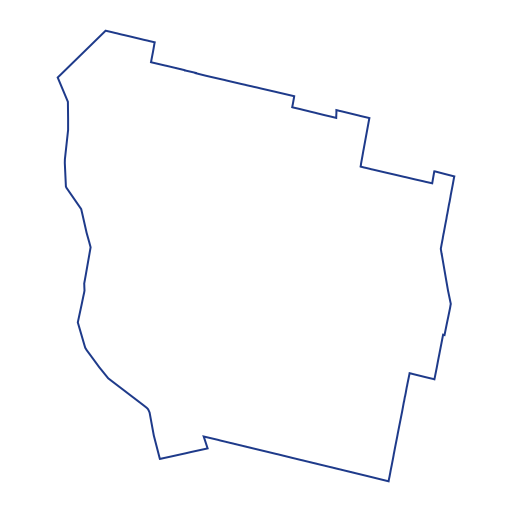 San Martín, Santa Fe, Argentina (Equal Earth projection)
{"feature_id": "61730980B15935899611470", "entity_name": "San Martín", "entity_type": "district", "adm_level": 2, "iso_a3": "ARG", "parent_name": "Argentina", "parent_adm1": "Santa Fe", "projection": "equal_earth", "projection_center": [-61.712, -32.002], "detail": "fine", "context": "isolated", "style": "outline", "palette": "blue", "viewbox_px": 512, "rotation_deg": 0, "n_neighbors": 0, "source": "geoboundaries", "source_scale": "gbopen_adm2", "svg_char_len": 3319}
<svg xmlns="http://www.w3.org/2000/svg" viewBox="0 0 512 512"><path d="M84.1,292.8L83.4,296.0L81.6,304.7L77.8,322.4L84.3,344.7L85.2,347.7L86.7,350.2L89.6,354.1L99.3,367.3L108.2,378.3L112.1,381.3L143.8,405.5L146.6,407.7L147.9,409.0L148.7,410.5L149.6,412.6L153.8,435.5L159.7,458.3L159.9,458.9L171.1,456.5L179.2,454.7L185.6,453.3L191.1,452.0L203.1,449.4L207.2,448.5L207.6,448.4L204.2,438.0L203.7,436.5L218.2,439.9L219.9,440.4L226.5,442.0L252.3,448.2L252.7,448.3L264.8,451.2L269.4,452.3L276.4,454.0L276.5,454.0L278.7,454.5L280.2,454.9L280.3,454.9L283.8,455.8L284.4,455.9L285.1,456.1L288.7,457.0L288.8,457.0L292.7,458.0L318.4,464.2L366.3,475.8L372.0,477.2L388.6,481.3L388.9,479.4L389.2,478.1L389.5,476.7L390.2,473.0L390.8,469.7L391.6,465.8L393.2,457.5L393.6,455.3L393.8,454.0L394.0,453.1L395.1,447.3L396.9,438.2L397.5,435.1L397.8,433.4L398.2,431.4L399.0,427.3L402.1,411.7L403.9,401.8L404.0,401.7L404.9,396.7L405.1,396.1L405.7,393.1L406.3,389.7L406.8,386.9L407.1,385.7L407.3,384.5L407.4,384.0L407.5,383.5L409.0,376.2L409.2,375.3L409.6,373.2L416.4,374.9L420.9,376.0L424.5,376.9L429.5,378.1L433.0,378.9L434.4,379.3L435.0,376.4L436.6,368.4L438.5,358.3L439.3,354.3L439.7,352.2L441.3,344.0L443.1,334.7L443.4,334.8L444.5,335.1L447.2,321.8L448.2,317.1L450.1,307.8L450.1,307.7L450.4,306.0L450.6,304.7L450.8,304.0L448.0,290.5L446.8,283.6L446.3,280.8L441.8,254.6L441.8,254.4L441.7,254.4L441.1,250.8L440.9,249.5L440.8,248.8L441.6,244.4L442.8,238.1L442.8,237.8L443.6,233.5L443.6,233.4L443.7,233.2L445.4,224.0L446.4,218.9L446.9,215.7L447.4,213.4L449.0,204.4L449.2,203.5L449.6,201.7L450.2,198.3L450.4,197.3L450.7,195.3L452.7,184.9L454.0,177.7L454.3,176.4L445.3,174.1L434.6,171.3L434.3,171.3L433.6,175.2L432.2,183.3L427.8,182.3L425.9,181.9L423.1,181.2L415.0,179.4L405.4,177.1L404.3,176.9L395.0,174.7L387.1,172.9L384.1,172.2L372.6,169.5L371.5,169.3L370.1,168.9L369.7,168.8L368.9,168.6L364.7,167.6L364.4,167.6L361.8,166.9L360.8,166.7L360.6,166.6L360.8,165.6L361.0,164.2L361.0,163.9L362.3,156.8L363.5,149.9L363.6,149.7L363.7,149.0L369.1,119.5L369.4,118.1L368.6,117.9L368.3,117.8L359.7,115.8L359.5,115.7L342.3,111.5L340.1,111.0L339.9,111.0L337.7,110.4L336.4,110.1L336.4,111.0L336.4,113.2L336.3,114.7L336.2,117.9L330.9,116.6L324.4,115.1L316.3,113.1L316.1,113.0L310.2,111.6L308.6,111.2L308.3,111.1L304.1,110.1L300.2,109.1L293.2,107.5L292.5,107.3L292.2,107.2L292.8,104.2L293.6,99.8L294.0,97.6L294.2,96.2L288.2,94.8L283.5,93.7L278.3,92.5L275.0,91.7L273.2,91.3L265.8,89.6L261.0,88.5L257.0,87.5L253.2,86.7L252.5,86.5L250.7,86.1L249.7,85.9L246.6,85.2L246.2,85.1L245.6,84.9L241.4,84.0L237.6,83.1L232.0,81.8L226.5,80.5L225.3,80.2L225.1,80.1L221.0,79.2L216.6,78.2L211.3,77.0L205.7,75.7L199.3,74.1L198.8,74.0L198.6,73.9L195.7,73.2L195.8,72.9L191.5,71.9L185.3,70.5L185.2,70.5L185.2,70.4L184.9,70.3L184.8,70.2L166.0,65.7L165.8,65.7L151.3,62.3L151.0,62.2L152.2,55.9L152.9,52.3L153.6,48.4L154.4,43.7L154.7,42.3L148.6,40.9L148.0,40.7L143.8,39.8L139.8,38.8L135.6,37.8L130.7,36.6L123.8,35.0L121.9,34.6L119.4,34.0L117.2,33.4L114.9,32.9L112.1,32.2L110.8,31.9L105.6,30.7L104.5,31.8L60.7,74.6L57.7,77.5L60.3,83.7L67.9,101.8L68.1,118.8L68.1,130.0L64.9,159.2L64.8,162.9L65.9,186.5L66.4,187.7L81.2,209.1L82.8,216.0L86.6,232.8L89.3,242.4L90.6,247.3L85.7,275.3L84.2,283.6L84.3,285.1L84.3,286.0L84.5,290.6L84.1,292.8Z" fill="none" stroke="#1e3a8a" stroke-width="2"/></svg>